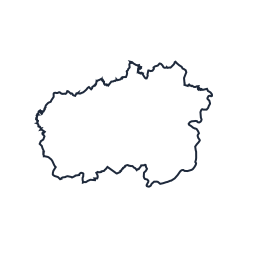 the district of Huautla, Hidalgo, Mexico, rotated 56°
{"feature_id": "50627088B43325373154771", "entity_name": "Huautla", "entity_type": "district", "adm_level": 2, "iso_a3": "MEX", "parent_name": "Mexico", "parent_adm1": "Hidalgo", "projection": "orthographic", "projection_center": [-98.258, 21.039], "detail": "fine", "context": "isolated", "style": "outline", "palette": "slate", "viewbox_px": 256, "rotation_deg": 56, "n_neighbors": 0, "source": "geoboundaries", "source_scale": "gbopen_adm2", "svg_char_len": 5725}
<svg xmlns="http://www.w3.org/2000/svg" viewBox="0 0 256 256"><g transform="rotate(56 128 128)"><path d="M76.6,201.4L77.6,200.8L77.8,200.3L79.7,200.6L79.9,200.1L80.5,201.6L80.9,200.6L84.6,199.1L84.8,199.8L84.5,200.1L84.9,200.7L84.9,201.2L84.3,201.1L84.2,201.5L84.9,202.2L85.8,202.3L86.3,201.9L88.2,201.9L90.2,204.7L90.2,207.7L91.8,210.1L94.7,209.5L96.9,210.2L99.8,210.7L100.2,211.3L100.8,211.1L101.3,212.2L101.8,212.1L102.4,212.8L102.8,213.1L103.6,213.0L104.4,213.6L104.9,212.8L107.2,210.6L108.2,210.1L111.2,209.2L113.2,209.2L117.3,209.9L118.9,210.0L120.0,209.8L121.7,213.7L123.0,215.2L124.4,216.3L124.9,216.4L126.6,215.8L129.5,213.5L132.5,212.9L132.8,211.8L132.6,211.8L132.3,211.2L132.4,209.9L133.6,207.5L133.7,206.3L134.2,205.0L136.9,202.4L137.7,202.1L138.2,198.9L138.0,198.2L139.7,194.8L139.2,194.4L139.0,193.8L138.8,192.6L138.9,192.0L139.1,191.7L140.2,190.7L141.0,190.6L143.2,192.3L143.9,193.5L145.7,194.7L147.1,195.2L148.0,195.9L148.3,194.6L149.3,193.2L149.4,190.6L149.9,188.1L152.8,184.5L152.5,184.2L151.0,184.0L152.6,181.7L151.7,180.5L151.4,180.5L150.9,180.0L150.0,179.7L147.4,179.3L147.5,177.6L148.4,177.1L148.7,176.3L149.2,175.6L149.5,174.7L149.1,174.3L150.1,172.0L150.1,171.5L149.7,170.6L149.7,169.6L148.8,166.8L159.3,162.9L159.6,162.3L159.8,160.7L160.1,159.4L159.7,158.3L159.4,158.2L159.7,157.6L158.8,156.3L158.8,154.8L158.3,154.5L158.3,153.8L158.5,153.4L158.3,152.7L158.4,152.1L157.9,151.8L157.8,151.4L158.3,149.5L158.6,148.9L160.0,148.2L160.2,147.7L161.1,147.0L162.0,145.7L162.8,145.4L164.2,145.2L165.3,144.5L167.8,144.3L167.5,143.3L167.7,142.7L168.1,142.3L168.1,142.0L167.7,141.3L167.4,140.1L166.8,138.5L166.4,138.0L168.0,135.3L168.0,134.5L168.4,134.1L170.6,134.9L172.5,135.1L173.6,137.4L173.8,139.0L174.1,139.8L177.1,142.1L178.5,142.5L179.6,142.5L181.6,140.8L183.3,140.7L184.0,141.3L185.6,144.3L186.2,144.8L186.8,144.8L188.0,143.9L188.5,143.0L188.5,141.4L187.5,139.6L187.1,136.4L188.5,134.2L189.3,133.4L192.3,132.5L193.4,129.8L194.2,126.9L194.8,125.4L195.4,122.4L195.8,121.6L195.9,117.5L194.8,113.2L193.2,109.1L193.0,107.9L193.1,106.8L193.7,105.7L195.2,105.1L197.0,102.7L198.3,98.6L198.3,97.1L197.5,94.7L196.5,92.6L195.7,91.6L195.2,91.2L194.2,91.3L193.8,91.2L192.2,89.3L190.9,88.2L185.8,84.8L184.1,84.2L181.0,82.7L180.0,80.2L179.3,77.4L178.5,75.5L177.7,75.2L175.6,75.3L173.8,74.8L173.1,74.4L172.8,74.0L172.0,72.1L169.7,71.7L167.2,71.7L166.0,72.5L165.9,72.8L164.0,73.9L161.9,74.5L159.4,75.6L158.5,75.4L157.8,73.6L158.0,71.6L160.1,67.8L160.9,67.0L161.5,67.1L162.5,66.7L162.9,66.2L163.3,65.6L163.3,64.2L162.9,63.2L162.0,62.2L160.2,61.8L155.4,59.1L154.3,57.6L153.9,56.6L153.9,56.0L154.9,55.2L156.7,52.5L156.1,50.3L154.9,48.7L153.8,46.5L153.4,46.2L150.8,45.3L148.5,45.8L148.0,45.7L147.4,45.1L146.6,43.4L146.7,42.8L147.2,41.9L148.1,41.4L148.3,40.9L148.3,40.4L147.4,39.8L146.8,39.6L144.8,39.7L144.0,40.0L142.0,41.0L139.7,40.6L138.3,44.4L137.6,45.5L136.8,45.2L136.6,45.4L137.0,46.6L136.9,46.9L136.3,46.9L135.9,46.4L134.7,46.6L134.7,47.1L135.4,48.2L135.0,48.3L133.8,47.7L132.7,46.2L131.8,48.0L131.8,48.8L131.6,49.3L130.9,50.3L128.7,51.3L128.7,52.0L127.8,52.4L127.3,53.0L126.7,52.9L126.1,53.0L126.2,54.3L126.6,54.9L123.8,57.1L122.6,56.0L122.4,56.1L117.9,53.6L114.4,48.5L112.4,47.9L110.4,48.7L109.2,49.5L107.3,49.3L104.5,50.5L102.0,51.2L99.6,51.6L99.6,52.5L100.4,53.4L100.9,54.6L101.7,58.6L101.6,59.2L101.2,59.5L100.2,61.6L99.2,61.8L99.5,62.2L98.7,63.7L98.3,64.2L97.3,64.6L95.5,64.4L93.3,64.8L92.3,65.6L92.2,65.8L92.9,68.4L92.0,71.2L92.1,73.0L92.3,73.2L93.0,73.2L93.5,73.6L94.2,75.7L93.5,77.4L91.9,78.6L91.7,79.0L94.6,82.0L95.5,82.3L96.1,83.0L97.3,84.8L96.9,85.5L95.8,85.9L92.1,85.8L91.3,85.5L91.1,85.1L90.3,85.7L89.9,85.7L89.6,86.0L89.5,86.3L90.0,87.0L88.9,87.8L88.8,87.4L87.5,88.4L87.2,88.1L87.1,88.6L84.6,86.5L85.1,85.9L84.6,85.5L85.2,85.1L84.8,84.8L85.4,84.4L85.2,84.2L85.4,83.7L84.7,83.5L85.1,83.3L84.8,83.0L84.4,83.4L82.8,84.2L82.6,84.7L81.9,83.9L81.6,84.7L80.4,86.0L77.7,87.3L75.7,87.8L74.3,89.1L75.8,89.0L75.2,90.0L76.1,91.4L78.6,92.7L78.9,93.3L79.2,94.8L79.8,95.4L80.2,96.4L80.1,97.0L80.3,97.4L82.0,98.0L83.4,99.4L84.6,101.2L82.9,103.9L83.6,105.0L82.8,105.3L83.5,106.6L83.4,107.4L82.5,110.0L82.2,110.3L81.8,110.2L81.6,110.5L81.3,110.5L81.8,110.9L81.8,112.3L81.3,112.7L81.1,114.2L80.2,115.9L81.7,120.4L81.1,120.4L81.0,121.4L80.3,121.3L80.2,121.8L79.7,121.7L79.3,122.7L79.1,122.7L79.1,123.0L77.9,123.1L76.9,122.6L76.6,122.3L76.4,122.4L76.0,122.0L75.3,122.6L74.5,122.1L74.1,122.7L73.5,122.3L73.3,122.6L72.9,122.4L73.0,122.6L73.6,122.7L72.3,123.1L72.2,124.5L71.7,126.6L72.1,128.2L71.9,128.2L73.5,129.7L73.4,129.9L73.5,130.5L74.0,130.6L74.1,130.8L74.3,131.2L74.0,131.3L73.8,131.9L74.2,132.7L74.0,132.9L74.0,134.6L75.0,135.6L75.3,136.9L72.2,137.5L72.2,139.0L72.9,141.1L73.3,144.0L73.3,145.8L72.8,147.2L72.9,147.8L72.6,148.6L71.6,149.7L71.1,149.8L70.9,149.5L71.0,151.1L70.5,151.4L71.8,153.8L70.6,154.8L69.8,155.2L68.6,155.0L67.8,155.3L67.6,156.2L64.3,157.0L63.5,157.7L64.5,159.2L64.8,160.2L64.7,160.8L64.2,161.1L63.9,161.9L62.8,163.6L62.3,163.7L61.5,164.4L60.5,164.5L59.8,165.1L59.6,166.7L59.2,167.5L58.1,168.6L57.8,169.3L57.7,170.0L58.0,170.5L60.6,172.2L62.2,176.1L63.0,177.3L63.0,177.7L62.6,179.5L62.6,180.5L63.2,183.1L63.9,184.4L64.8,184.8L64.9,185.8L65.5,186.7L65.9,186.5L67.1,188.9L66.9,189.6L67.8,191.0L67.5,191.1L67.8,191.7L66.1,191.8L66.2,190.8L65.2,191.1L65.2,190.7L64.5,191.4L64.3,191.3L64.3,191.8L64.6,191.7L64.8,192.5L64.6,193.1L65.9,194.4L65.7,195.2L66.2,195.5L66.5,195.0L66.8,194.9L66.2,195.9L66.4,196.5L67.0,196.3L67.3,196.6L67.2,196.6L67.3,196.9L68.0,197.4L68.1,198.1L68.6,198.7L69.0,198.6L69.5,199.3L69.8,199.2L70.1,198.7L71.2,199.2L71.7,198.7L72.2,199.1L72.2,199.8L73.4,200.3L73.2,200.9L73.8,200.5L74.9,200.4L75.8,200.9L76.0,200.8L76.6,201.4Z" fill="none" stroke="#1e293b" stroke-width="2"/></g></svg>